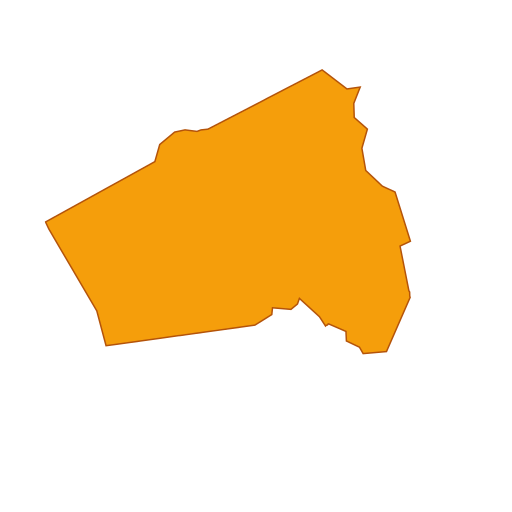 Wayne, North Carolina, United States of America (Equal Earth projection), rotated 240°
{"feature_id": "52423323B99063612255377", "entity_name": "Wayne", "entity_type": "district", "adm_level": 2, "iso_a3": "USA", "parent_name": "United States of America", "parent_adm1": "North Carolina", "projection": "equal_earth", "projection_center": [-78.044, 35.372], "detail": "fine", "context": "isolated", "style": "filled", "palette": "amber", "viewbox_px": 512, "rotation_deg": 240, "n_neighbors": 0, "source": "geoboundaries", "source_scale": "gbopen_adm2", "svg_char_len": 906}
<svg xmlns="http://www.w3.org/2000/svg" viewBox="0 0 512 512"><g transform="rotate(240 256 256)"><path d="M400.7,257.6L404.0,247.5L400.7,228.4L388.3,215.6L390.5,101.2L390.7,90.9L390.1,90.7L383.0,90.1L360.8,90.2L335.1,90.4L332.5,90.4L288.1,90.7L253.3,81.3L249.3,91.0L233.0,131.1L225.5,149.8L225.3,150.0L223.7,153.9L223.1,155.5L196.7,220.5L197.4,240.4L202.9,244.4L192.3,259.6L193.7,267.9L197.6,272.4L171.7,280.6L160.6,281.2L160.9,282.1L160.6,282.9L160.6,283.5L160.8,284.2L161.1,284.5L161.0,284.9L145.7,296.2L137.2,291.8L125.3,300.0L117.9,300.0L108.0,321.2L143.1,368.8L144.4,369.1L147.9,371.0L148.5,371.1L149.4,371.0L192.6,385.7L191.6,397.1L241.9,408.4L250.5,402.3L253.4,400.3L275.2,393.8L296.4,401.6L310.2,415.9L326.8,410.3L339.3,417.0L350.2,430.7L355.2,418.3L384.1,406.3L386.9,344.8L387.0,340.5L389.9,277.7L392.7,271.4L393.4,267.2L400.7,257.6Z" fill="#f59e0b" stroke="#b45309" stroke-width="1.5"/></g></svg>